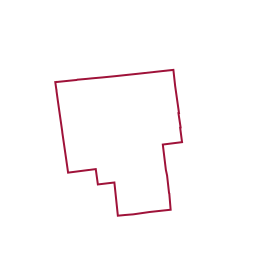 Balcarce, Buenos Aires, Argentina, rotated 220°
{"feature_id": "61730980B79646305787935", "entity_name": "Balcarce", "entity_type": "district", "adm_level": 2, "iso_a3": "ARG", "parent_name": "Argentina", "parent_adm1": "Buenos Aires", "projection": "natural_earth1", "projection_center": [-58.205, -37.757], "detail": "fine", "context": "isolated", "style": "outline", "palette": "rose", "viewbox_px": 256, "rotation_deg": 220, "n_neighbors": 0, "source": "geoboundaries", "source_scale": "gbopen_adm2", "svg_char_len": 688}
<svg xmlns="http://www.w3.org/2000/svg" viewBox="0 0 256 256"><g transform="rotate(220 128 128)"><path d="M163.6,167.3L171.0,159.6L180.4,150.0L187.3,143.1L191.2,139.1L191.4,138.9L191.7,138.6L197.0,133.3L197.6,132.8L198.3,131.7L212.2,117.4L212.3,117.4L212.9,116.7L213.2,116.4L207.5,111.3L207.1,111.1L206.8,110.6L198.4,103.0L176.3,83.2L175.4,82.3L155.9,64.9L145.2,55.3L126.3,75.8L114.8,65.4L103.4,77.5L79.4,54.3L74.1,59.7L68.4,65.3L57.4,77.6L52.7,82.5L42.8,92.8L54.3,104.4L54.7,104.5L67.5,116.7L69.8,118.5L72.0,120.2L90.7,137.7L77.5,151.9L88.3,161.8L88.0,162.2L98.9,171.8L98.5,172.2L119.0,190.6L130.6,201.7L155.2,176.0L163.6,167.3Z" fill="none" stroke="#9f1239" stroke-width="2"/></g></svg>